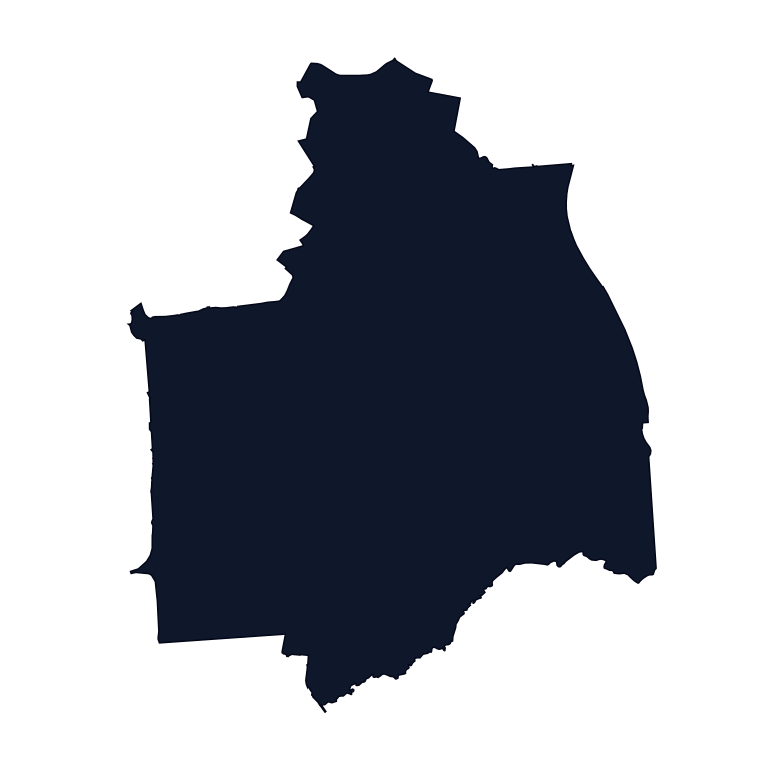 Eindhoven, Noord-Brabant, Netherlands (orthographic projection), rotated 87°
{"feature_id": "6326949B83457760015598", "entity_name": "Eindhoven", "entity_type": "district", "adm_level": 2, "iso_a3": "NLD", "parent_name": "Netherlands", "parent_adm1": "Noord-Brabant", "projection": "orthographic", "projection_center": [5.479, 51.449], "detail": "fine", "context": "isolated", "style": "filled", "palette": "ink", "viewbox_px": 768, "rotation_deg": 87, "n_neighbors": 0, "source": "geoboundaries", "source_scale": "gbopen_adm2", "svg_char_len": 6114}
<svg xmlns="http://www.w3.org/2000/svg" viewBox="0 0 768 768"><g transform="rotate(87 384 384)"><path d="M175.5,183.3L175.6,186.1L173.8,185.4L174.8,219.5L174.2,219.9L174.8,222.4L172.7,224.0L172.9,224.3L175.1,223.0L175.3,242.5L175.7,247.6L176.0,258.1L174.3,261.1L173.9,262.3L174.4,263.6L174.2,264.3L172.9,264.7L170.8,264.2L168.0,267.5L163.6,269.5L162.5,270.7L162.2,271.9L162.5,273.3L163.6,275.7L163.6,277.8L156.8,278.9L152.9,281.1L142.2,292.2L135.3,300.9L102.5,292.9L94.8,324.8L83.7,320.0L82.4,320.2L75.3,336.5L62.9,353.6L61.3,355.4L60.3,355.6L59.4,356.4L61.3,358.1L63.9,364.2L64.9,365.9L71.9,375.2L74.2,381.2L74.6,384.2L74.6,392.2L73.7,410.6L73.4,412.5L72.1,415.8L62.6,429.0L61.6,430.8L60.6,433.8L59.9,439.8L60.7,440.7L77.6,451.1L78.1,451.7L77.9,454.7L82.3,455.0L93.7,450.7L93.2,445.8L93.4,444.0L96.7,439.0L97.3,438.6L108.4,436.1L115.0,443.1L135.3,448.6L136.9,456.8L162.9,442.1L163.5,443.4L165.7,442.4L167.6,442.5L169.5,443.3L174.6,448.1L183.9,457.9L183.9,458.8L184.6,459.7L185.8,459.8L188.3,461.5L208.2,468.4L210.8,463.6L214.8,457.8L214.6,457.6L215.6,456.1L215.7,456.5L216.1,455.8L222.2,445.9L226.2,448.8L230.4,452.4L232.4,454.8L235.9,460.3L239.4,458.1L241.7,457.1L246.3,477.3L254.5,484.2L262.1,475.2L263.5,476.5L270.2,469.8L272.9,469.1L279.5,472.8L286.4,476.0L290.6,478.5L295.3,483.3L295.8,484.6L296.1,488.7L296.3,495.9L297.2,502.5L298.9,526.3L299.8,526.8L299.9,528.3L299.4,528.5L299.5,529.7L299.3,529.7L299.2,530.6L299.7,538.0L299.6,542.7L298.8,548.1L299.0,553.4L298.9,554.2L297.9,554.3L298.0,556.5L298.8,556.6L299.6,560.6L301.7,565.7L301.7,566.9L303.1,578.2L304.0,583.9L304.9,584.5L305.0,585.3L304.2,586.0L304.8,591.5L304.8,592.1L305.2,598.7L304.8,609.4L305.2,611.8L306.1,612.5L306.3,613.3L306.1,614.6L305.3,616.1L302.2,619.0L298.4,620.4L290.7,622.5L297.6,632.8L298.6,631.4L300.0,633.2L302.5,632.0L306.5,632.0L310.1,632.9L310.9,634.6L310.9,636.1L312.4,634.6L319.0,633.3L322.2,631.3L325.2,628.6L326.4,624.0L328.2,622.9L327.7,620.3L379.5,618.8L380.3,620.7L385.3,618.6L386.3,618.6L386.5,618.9L409.6,618.8L411.0,619.7L410.8,620.2L416.9,620.5L419.5,618.7L436.6,618.6L437.4,620.0L439.8,618.3L445.9,618.4L446.0,618.7L447.4,618.5L451.4,618.7L451.5,619.1L453.0,618.7L465.5,620.5L465.5,620.9L468.5,620.6L468.8,620.9L475.1,621.5L479.5,622.4L479.7,622.1L482.2,622.0L506.5,621.7L509.5,623.1L510.7,623.2L513.4,622.1L522.1,623.0L522.5,623.3L536.2,624.1L543.0,626.4L548.8,630.4L555.8,639.0L557.9,647.0L560.0,646.4L559.2,641.7L561.1,628.7L562.8,626.1L569.3,622.7L589.0,621.7L619.3,621.8L626.0,622.9L627.4,622.8L630.8,621.8L628.6,496.2L628.7,495.5L646.1,499.8L646.2,499.5L647.1,499.7L648.2,498.5L648.9,495.5L649.6,495.7L650.9,495.3L651.1,493.9L650.7,493.8L649.1,490.3L650.3,482.0L649.8,481.9L651.0,473.7L659.8,474.7L660.6,475.7L661.0,475.4L663.3,475.4L675.9,477.6L679.5,477.3L682.7,476.3L682.4,476.2L682.1,475.7L688.5,471.9L690.8,472.5L692.6,470.8L692.9,471.3L698.3,466.6L701.5,464.9L701.5,464.7L708.6,460.1L708.0,459.2L701.3,463.3L701.1,459.9L698.6,456.7L698.6,455.7L699.6,452.8L698.4,448.2L696.4,448.1L694.9,446.5L693.6,445.7L693.3,443.0L693.4,440.9L690.7,437.5L690.7,436.8L691.2,435.3L692.3,433.1L692.3,432.7L691.7,432.5L690.8,432.9L689.9,432.7L690.0,431.8L689.6,430.9L688.8,430.3L688.0,430.2L687.5,430.4L687.0,431.5L688.1,433.6L688.1,434.3L687.3,434.4L685.2,433.7L683.7,433.0L683.2,432.4L682.1,429.4L681.0,428.2L680.9,427.8L681.3,427.4L683.1,427.8L683.6,427.4L683.7,425.9L683.4,424.7L680.9,421.7L680.4,419.1L679.7,418.3L677.4,417.3L676.8,415.0L674.8,412.8L673.4,410.7L673.6,410.2L675.7,410.2L676.3,409.5L676.4,408.3L675.7,407.7L676.7,405.3L675.3,402.8L673.9,401.1L673.5,399.0L674.9,395.7L676.3,393.2L676.8,390.0L679.2,387.8L679.2,387.3L678.4,385.4L676.7,385.3L675.5,384.6L674.6,378.8L674.0,377.6L672.7,377.7L671.0,377.1L670.3,376.4L669.4,374.6L668.6,373.9L665.5,374.3L665.6,373.6L666.6,372.1L666.4,371.4L664.2,370.2L662.1,367.6L660.8,367.9L659.9,367.6L659.5,366.9L659.1,365.2L659.3,362.4L655.9,359.1L655.2,354.5L654.0,352.6L654.2,350.9L653.1,350.4L650.7,350.0L649.9,349.4L649.6,348.5L649.7,346.8L651.1,344.8L651.8,342.7L651.5,341.1L650.8,339.6L653.1,338.1L653.5,337.6L653.4,337.2L650.8,336.7L649.2,337.5L648.5,337.2L647.8,336.1L647.6,333.4L647.4,332.8L646.6,331.5L644.5,330.5L644.3,329.0L639.7,328.4L631.1,325.2L627.7,324.7L624.2,322.4L620.7,320.6L617.6,316.1L616.8,316.0L615.3,316.5L614.5,316.4L614.3,315.9L614.1,313.2L611.9,312.2L609.5,309.3L608.0,310.1L607.4,309.0L605.6,308.1L604.8,307.3L604.5,306.6L604.6,306.0L607.0,306.7L607.5,306.5L607.6,306.0L606.7,304.9L604.5,303.7L603.3,300.8L602.8,298.4L602.3,298.2L600.4,298.9L600.3,297.8L599.9,297.1L597.4,294.1L595.0,295.4L594.0,295.2L594.0,294.0L593.8,293.0L591.6,291.3L591.5,290.6L591.9,288.5L591.1,286.6L590.3,286.3L587.9,286.5L586.0,285.7L583.4,282.5L578.6,275.9L575.2,273.0L574.0,271.5L574.0,270.9L574.2,270.5L577.1,269.1L577.7,268.0L577.3,267.3L571.9,263.4L570.8,261.7L571.0,260.0L571.1,257.8L570.1,252.6L570.3,245.8L572.3,233.7L573.2,230.1L572.6,229.0L571.0,227.3L569.6,223.7L569.9,221.9L570.2,221.3L570.9,220.9L574.2,220.6L575.6,219.3L575.8,218.0L575.5,217.2L573.9,215.8L572.6,213.6L570.9,212.1L569.8,210.7L564.6,203.0L562.2,198.4L561.9,197.4L561.7,195.2L562.1,194.2L562.5,193.9L564.4,194.0L565.5,193.5L566.9,190.3L569.2,188.0L570.6,185.7L571.2,181.3L570.4,178.5L570.2,176.3L570.8,174.1L571.8,171.9L572.7,171.4L573.3,171.5L576.1,173.3L578.1,173.8L579.1,173.7L579.6,173.2L580.3,171.3L581.8,168.6L582.1,165.9L582.4,165.3L585.1,163.9L585.0,163.4L585.5,161.2L585.8,158.9L585.5,153.9L587.3,150.2L589.8,148.1L593.4,144.5L594.5,143.2L596.1,140.8L596.0,140.1L593.9,138.2L591.6,135.4L589.2,131.3L588.5,129.3L588.5,126.0L588.2,125.1L584.1,123.6L582.3,121.9L470.6,123.5L467.7,121.6L464.4,121.0L461.2,121.9L455.8,125.5L451.8,127.4L447.5,128.6L443.0,129.1L441.6,129.0L441.7,128.4L436.3,127.8L436.2,122.2L430.2,122.2L425.7,121.6L421.5,121.5L414.0,122.9L408.6,124.6L403.3,125.7L389.7,127.6L375.3,130.5L361.0,134.3L342.4,140.6L306.3,156.0L298.3,160.1L298.6,160.7L287.7,167.6L279.4,172.7L268.7,178.5L255.7,184.7L249.0,187.1L241.9,189.2L242.1,189.5L226.4,192.4L218.9,192.8L212.0,192.5L203.6,191.5L197.0,190.1L175.5,183.3Z" fill="#0f172a" stroke="#020617" stroke-width="1.5"/></g></svg>